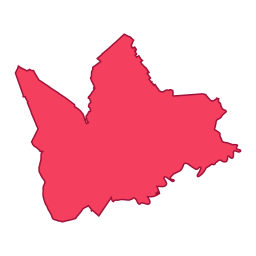 the district of Mosquera, Cundinamarca, Colombia
{"feature_id": "7082276B63365049346428", "entity_name": "Mosquera", "entity_type": "district", "adm_level": 2, "iso_a3": "COL", "parent_name": "Colombia", "parent_adm1": "Cundinamarca", "projection": "orthographic", "projection_center": [-74.234, 4.678], "detail": "fine", "context": "isolated", "style": "filled", "palette": "rose", "viewbox_px": 256, "rotation_deg": 0, "n_neighbors": 0, "source": "geoboundaries", "source_scale": "gbopen_adm2", "svg_char_len": 5672}
<svg xmlns="http://www.w3.org/2000/svg" viewBox="0 0 256 256"><path d="M18.4,66.1L17.7,68.4L16.1,71.6L15.4,73.0L23.4,95.7L23.1,96.7L23.4,96.8L24.0,96.6L24.1,96.8L25.4,96.8L25.3,97.5L27.7,101.7L27.4,102.6L30.7,110.7L31.7,113.9L35.5,122.7L36.4,125.2L37.4,127.2L38.1,128.9L31.9,141.2L31.6,142.2L32.2,142.8L32.6,144.2L33.9,145.9L34.2,146.2L36.4,147.4L36.8,147.8L37.4,148.3L38.4,149.3L39.6,150.3L40.1,151.4L40.4,151.5L41.3,151.2L41.8,151.2L42.7,151.5L41.8,152.5L41.5,153.1L41.3,153.7L41.1,154.8L41.0,158.6L40.9,159.9L39.9,163.8L39.7,165.3L39.1,166.9L39.0,167.8L39.1,171.1L39.3,171.9L41.5,176.4L41.9,176.8L42.2,177.7L44.1,180.0L44.6,181.0L44.9,181.8L44.9,182.5L44.6,183.4L44.0,185.1L43.5,185.8L43.2,187.3L43.1,189.2L43.2,190.7L43.0,194.7L43.4,197.5L44.9,202.4L45.7,204.3L46.9,206.3L48.4,209.8L49.6,211.7L51.2,214.7L51.7,215.8L52.3,217.8L53.2,219.0L53.8,219.4L56.4,220.1L58.3,220.9L58.6,221.0L60.3,221.0L61.8,221.7L62.7,221.8L65.2,221.1L70.4,219.9L75.4,218.5L75.9,218.1L76.9,216.5L78.4,214.9L79.1,213.9L79.9,213.0L80.2,212.8L82.6,209.2L83.2,208.6L85.4,207.3L86.7,206.8L87.7,206.1L88.2,205.6L91.2,209.1L91.5,209.7L91.3,210.9L91.4,211.0L92.2,210.2L92.5,210.3L98.8,215.9L111.3,197.5L111.9,200.1L112.5,201.0L113.3,201.6L114.2,200.7L115.1,200.1L117.7,200.2L120.9,199.5L122.4,199.5L127.9,200.0L129.3,200.0L131.9,199.1L133.4,198.0L133.9,197.9L134.9,198.4L136.3,199.8L137.7,202.7L138.5,203.8L139.0,204.0L139.5,204.1L140.0,204.0L141.0,203.1L141.8,202.8L143.8,203.2L147.2,204.2L147.6,204.3L148.7,204.0L149.5,203.5L149.9,202.8L149.9,201.2L149.4,200.0L147.6,196.7L150.8,196.8L153.2,196.5L155.1,195.9L157.1,194.9L159.5,193.5L159.3,192.7L156.5,194.3L156.0,193.2L158.9,191.4L157.0,186.4L159.0,186.4L161.2,186.6L163.0,186.6L164.6,186.1L165.2,185.8L165.7,185.4L166.1,184.9L166.4,184.3L166.6,183.7L166.5,183.1L166.1,182.1L164.2,178.9L163.9,178.1L164.1,177.3L164.5,177.0L165.1,176.8L165.8,176.9L166.3,177.2L172.1,181.3L172.9,181.5L174.1,180.8L174.0,180.3L173.7,179.9L171.3,179.2L170.9,179.0L170.4,178.3L170.4,177.7L170.8,176.9L173.3,174.1L179.1,171.3L180.6,170.3L181.3,169.5L182.5,167.5L183.0,166.2L183.6,164.6L184.2,163.6L184.8,163.4L186.1,163.4L186.6,163.4L187.7,163.8L192.6,167.3L195.8,169.3L197.0,169.2L197.4,169.1L197.9,168.8L199.1,167.5L199.6,167.2L200.0,167.2L200.7,167.4L200.9,167.9L200.9,168.3L199.7,171.1L197.3,175.3L197.4,176.2L197.6,176.5L198.4,176.5L199.2,176.2L199.7,175.9L202.5,173.5L203.9,171.7L204.8,170.3L206.0,168.1L206.5,167.6L209.9,165.6L210.7,164.7L211.6,164.3L212.7,164.3L213.4,164.7L214.3,164.4L214.9,164.1L215.2,163.3L215.9,162.6L218.8,160.3L219.1,160.2L220.1,160.2L221.0,160.4L222.5,161.4L223.7,161.8L224.6,161.9L226.1,161.6L226.6,161.3L227.5,159.2L227.6,156.9L227.9,156.3L228.2,156.1L228.7,156.1L229.2,156.3L229.8,157.2L230.6,157.8L231.3,158.1L231.9,158.3L232.3,158.1L232.8,157.7L233.3,156.8L233.4,155.6L233.4,153.3L233.5,152.3L233.9,151.2L234.1,151.0L234.4,150.8L235.0,150.8L238.3,151.9L239.2,152.0L240.4,151.4L240.6,151.0L240.6,150.5L240.3,150.1L236.8,148.9L236.4,148.6L236.4,147.7L237.5,145.3L237.0,144.9L236.3,144.7L232.3,144.6L228.8,143.3L226.8,142.7L225.1,142.5L223.5,142.1L222.4,141.5L221.6,140.1L221.4,139.0L219.9,136.0L220.0,133.8L219.9,133.3L219.7,133.1L215.9,130.3L215.1,130.0L214.7,129.6L214.5,128.9L214.7,128.2L215.5,125.6L216.2,121.2L216.7,120.1L217.8,119.4L219.3,118.6L220.4,117.9L221.0,117.3L222.4,115.1L224.1,113.6L225.9,112.1L226.2,111.6L226.1,111.1L225.4,110.4L223.1,109.4L222.2,108.6L221.6,107.7L220.7,104.8L220.4,103.4L220.2,103.1L218.8,102.1L218.7,101.9L218.5,100.4L218.7,98.7L216.6,98.2L216.6,98.8L213.9,100.5L212.9,100.9L211.4,100.8L210.5,100.3L209.9,99.7L206.6,95.9L205.9,94.8L204.1,94.1L201.9,93.9L183.5,95.3L173.7,96.0L173.2,95.8L172.9,95.4L173.0,92.5L172.7,90.5L171.6,90.2L171.0,89.8L170.4,89.7L168.3,90.3L167.5,90.0L166.4,90.1L165.3,90.5L163.2,91.8L162.6,91.9L160.6,91.6L159.8,91.0L159.4,90.9L155.0,84.5L154.1,85.4L153.1,84.0L152.9,84.2L151.8,82.6L151.7,82.6L151.7,82.4L151.4,82.1L151.5,82.0L151.4,82.0L151.3,81.8L151.1,82.0L149.0,78.9L150.5,78.0L148.3,75.0L147.1,73.5L148.4,72.8L148.3,72.6L149.0,72.3L147.6,70.7L147.8,70.6L146.0,67.9L145.3,67.5L142.6,64.8L142.3,64.7L141.8,64.0L141.5,63.3L140.5,62.0L142.5,60.6L141.1,59.3L138.8,55.8L136.8,57.2L135.2,55.1L136.3,54.4L136.6,54.0L134.9,51.5L135.8,50.9L135.1,50.2L136.1,49.6L135.8,49.1L136.0,49.0L134.7,47.1L133.6,47.9L133.3,47.6L132.7,48.1L132.0,47.0L131.9,47.0L131.2,45.7L133.1,41.1L133.6,40.2L132.7,39.5L130.4,37.1L127.9,36.1L124.2,34.2L115.4,42.4L113.8,43.7L110.5,46.8L105.9,50.8L102.9,53.3L102.0,53.9L101.9,54.4L101.7,54.7L97.4,58.3L97.2,58.6L100.7,61.3L100.6,61.6L92.7,67.4L92.9,67.9L92.6,69.9L91.9,71.2L91.6,72.2L91.4,75.3L91.5,76.8L90.7,77.5L90.5,78.3L91.2,79.4L91.5,80.8L92.3,82.1L94.4,86.5L94.2,86.6L94.6,87.8L93.8,87.7L93.7,87.8L93.6,88.1L93.8,88.3L94.5,88.6L94.6,88.8L94.4,89.2L93.8,89.7L92.9,91.5L91.7,92.6L91.5,93.2L91.1,94.1L90.9,94.4L90.2,94.9L89.8,96.0L88.8,96.5L88.4,97.3L88.3,98.0L89.4,98.6L89.7,99.1L90.8,102.0L90.7,102.6L89.5,103.5L89.3,103.9L88.9,104.8L88.6,106.0L88.6,106.6L88.8,107.0L89.5,107.5L90.0,108.1L90.4,110.2L90.5,111.2L90.3,111.5L89.3,111.4L88.9,111.6L88.5,112.3L87.9,113.7L87.0,115.1L86.3,115.8L86.3,116.7L86.0,117.0L86.3,117.7L86.2,118.8L86.3,118.9L87.6,121.5L88.5,122.4L88.3,122.7L86.9,123.2L86.4,123.6L86.1,123.0L85.1,120.1L86.0,119.2L84.7,119.3L84.4,118.6L83.9,116.5L82.8,113.8L82.6,113.4L82.0,113.0L80.7,111.2L79.0,109.6L77.7,108.6L74.6,106.6L74.7,105.5L74.6,104.8L74.4,104.6L66.3,98.4L59.5,93.9L58.6,93.1L51.7,88.7L47.6,85.7L38.9,80.0L35.6,74.5L33.5,70.6L32.0,70.5L30.9,70.3L29.8,69.5L29.5,69.4L28.9,69.8L28.5,70.4L28.1,70.6L27.2,70.4L26.4,70.8L25.2,69.9L20.7,67.7L20.0,67.2L19.4,66.6L18.4,66.1Z" fill="#f43f5e" stroke="#9f1239" stroke-width="1.5"/></svg>